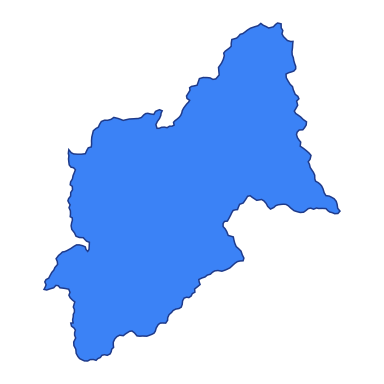 Sabinópolis, Minas Gerais, Brazil
{"feature_id": "56859067B20654239248752", "entity_name": "Sabinópolis", "entity_type": "district", "adm_level": 2, "iso_a3": "BRA", "parent_name": "Brazil", "parent_adm1": "Minas Gerais", "projection": "orthographic", "projection_center": [-43.061, -18.65], "detail": "fine", "context": "isolated", "style": "filled", "palette": "blue", "viewbox_px": 384, "rotation_deg": 0, "n_neighbors": 0, "source": "geoboundaries", "source_scale": "gbopen_adm2", "svg_char_len": 5064}
<svg xmlns="http://www.w3.org/2000/svg" viewBox="0 0 384 384"><path d="M44.0,289.4L46.7,290.0L49.9,288.9L53.7,287.8L55.9,285.4L58.3,285.7L60.0,287.8L63.4,288.2L65.9,288.6L68.7,289.2L70.0,292.3L68.9,295.2L70.2,297.8L72.5,300.1L74.8,301.9L74.0,304.6L73.3,307.0L74.4,309.5L74.4,312.2L73.3,314.3L73.2,317.0L72.6,319.9L73.1,322.9L70.8,323.1L71.5,326.1L74.0,328.0L75.4,330.1L74.6,332.7L74.6,335.2L75.7,338.0L73.7,342.0L73.9,345.6L75.8,349.2L76.2,353.4L77.9,356.5L79.6,358.6L81.8,359.7L84.4,360.9L87.7,361.0L90.1,359.6L93.4,359.5L96.1,360.3L97.8,358.6L100.3,357.5L101.9,355.3L104.4,354.7L107.3,355.3L110.1,353.9L111.2,351.7L111.7,349.2L113.6,347.4L113.3,345.0L113.3,342.1L114.8,338.9L116.8,336.7L119.6,335.2L123.3,335.7L125.5,333.9L127.7,332.5L129.6,331.3L132.0,331.0L134.5,332.9L137.0,335.9L139.8,336.2L142.5,336.0L146.8,336.2L149.6,335.2L151.9,334.3L154.0,333.2L155.3,331.2L156.2,328.0L158.3,324.5L160.3,323.1L162.6,323.0L165.7,323.1L167.6,320.3L167.7,317.7L169.1,314.6L171.6,312.4L173.1,310.5L175.7,309.1L179.0,308.5L181.2,307.2L182.2,304.5L182.6,300.8L184.1,298.1L186.7,297.2L188.9,297.6L191.2,296.0L192.3,293.6L194.9,292.2L194.6,289.0L197.7,286.6L200.1,284.5L199.2,282.0L198.8,279.5L201.9,278.0L205.0,277.0L207.3,275.1L210.4,274.2L212.4,272.3L214.7,270.9L217.9,270.5L221.9,271.2L224.9,270.2L227.0,269.3L230.0,267.8L232.8,265.2L234.9,263.3L237.4,261.6L239.9,261.0L243.1,260.8L243.9,258.1L242.3,254.9L241.0,251.1L238.5,248.6L236.2,246.6L234.7,243.0L233.9,239.9L233.3,236.9L230.9,236.2L228.2,235.4L226.8,231.7L225.2,228.9L223.1,226.6L223.1,223.5L224.5,221.4L227.4,221.1L229.3,217.7L230.8,214.8L231.8,212.6L233.2,210.4L235.4,209.8L237.5,209.6L238.4,207.1L239.6,204.3L243.2,203.0L245.7,199.4L247.6,196.3L250.2,195.7L251.9,197.1L254.6,198.9L256.7,200.3L259.2,199.9L261.6,199.5L263.9,200.9L266.2,203.5L267.7,206.4L270.5,209.1L273.8,207.5L275.7,205.7L278.1,204.8L281.2,204.4L283.5,204.2L286.0,204.4L288.4,205.8L291.0,208.3L294.1,210.7L297.2,211.7L300.3,212.5L303.6,212.2L305.7,210.7L308.3,208.6L310.7,208.1L313.6,209.2L316.5,208.0L318.7,208.5L322.4,208.4L326.0,208.6L327.8,210.6L329.7,212.0L332.1,212.6L334.7,213.7L337.9,213.5L340.0,211.1L337.7,208.3L337.1,204.2L336.2,201.3L334.1,198.7L331.3,197.1L329.2,196.1L325.9,195.6L324.2,192.8L323.0,188.8L321.7,186.1L320.3,184.4L318.3,182.7L315.6,181.2L314.8,178.9L314.7,175.2L313.4,172.3L312.1,170.4L310.2,167.5L309.4,164.2L308.2,161.8L310.1,159.2L311.0,155.4L309.1,153.1L306.5,150.8L303.5,148.4L300.2,146.2L300.7,142.1L299.0,140.0L297.5,137.8L296.5,134.6L297.1,132.2L299.2,130.0L302.8,129.8L304.6,127.6L306.2,125.0L306.5,121.8L303.1,119.4L300.6,116.9L298.1,115.1L295.7,113.5L294.3,111.1L295.9,108.5L297.7,105.2L296.6,101.1L298.9,98.8L297.9,96.4L295.2,94.3L293.3,89.8L292.5,86.6L290.1,84.3L288.0,80.9L286.3,77.8L286.0,74.1L288.7,72.7L291.5,71.9L293.9,71.0L295.7,68.9L295.7,66.3L294.7,63.7L293.8,60.6L293.3,57.6L292.2,54.9L292.0,51.6L292.5,47.7L292.7,44.0L293.0,41.4L290.7,41.5L287.4,40.5L284.9,38.0L283.4,36.5L282.0,33.9L282.8,30.5L281.2,27.9L281.1,23.8L277.6,23.0L275.6,24.4L273.4,26.8L271.2,27.4L268.7,28.0L266.0,26.5L263.3,25.3L260.8,23.4L258.1,25.7L254.5,26.8L250.4,28.2L247.4,30.1L245.0,32.0L242.8,33.6L240.2,34.3L238.3,36.6L236.6,38.1L234.3,38.8L231.8,39.5L231.2,43.4L231.2,46.3L229.6,47.9L227.2,49.7L225.2,51.2L223.7,53.1L224.3,55.7L223.3,59.3L221.6,63.0L219.8,65.6L218.5,67.4L218.8,70.8L219.2,74.9L217.3,77.2L215.8,78.9L212.9,79.4L210.1,77.9L207.5,77.6L203.2,77.5L199.4,78.6L198.2,82.1L197.1,85.2L194.2,85.9L191.5,86.4L189.6,87.7L190.0,90.3L188.2,93.3L186.5,96.0L187.0,98.5L189.7,100.3L188.5,102.2L186.9,103.8L185.4,105.7L183.7,108.0L182.3,110.6L181.8,112.9L180.7,115.4L179.3,117.2L177.4,118.9L175.1,120.6L173.5,122.3L174.1,125.1L172.1,126.2L169.5,126.2L167.1,127.7L164.4,127.1L161.5,127.3L159.2,128.3L157.0,128.3L155.9,124.6L157.4,121.4L159.5,118.5L160.8,115.5L161.1,113.1L162.2,110.8L159.5,109.7L157.5,110.5L155.5,111.4L153.8,114.4L150.6,114.0L147.8,113.3L145.6,113.6L143.8,114.9L141.4,117.5L138.3,118.5L135.7,118.6L133.2,118.8L129.4,119.0L126.2,119.7L123.2,120.4L120.7,119.4L118.2,118.5L113.8,117.4L111.2,119.3L107.7,120.3L104.5,120.2L101.3,121.5L99.6,124.3L98.4,127.1L95.8,128.6L93.3,130.8L92.7,133.4L91.8,137.0L91.5,140.7L91.6,143.8L91.3,146.9L88.3,147.8L87.0,150.0L85.3,153.7L81.4,154.2L77.4,154.2L73.6,153.9L71.2,152.7L68.8,149.7L68.3,153.5L68.9,155.7L68.5,158.9L68.8,161.8L69.2,164.9L71.0,167.2L73.5,167.7L75.4,169.7L74.2,172.9L73.1,175.5L72.4,179.0L70.6,181.9L70.2,184.8L72.3,186.4L72.5,189.8L70.7,192.5L70.6,196.1L68.6,198.6L67.9,200.8L68.9,202.9L70.1,204.8L69.0,207.7L70.4,210.8L70.5,214.0L70.2,216.7L72.2,217.8L72.4,220.2L71.7,222.6L71.1,225.8L71.8,229.4L74.5,232.9L76.0,236.2L79.3,237.5L83.3,237.7L84.9,239.5L86.6,241.2L89.4,242.3L89.2,246.4L89.0,249.5L87.7,251.4L86.0,249.5L85.3,246.9L82.7,245.7L79.4,244.9L76.5,244.9L73.7,246.5L71.0,248.4L69.0,249.5L67.0,250.6L64.7,251.6L62.4,252.0L60.8,253.6L58.6,255.4L56.1,258.7L57.3,261.5L57.6,264.4L54.9,267.5L53.8,270.1L51.8,272.4L50.2,275.3L48.7,278.2L46.0,279.6L44.8,281.9L46.1,284.8L45.2,287.1L44.0,289.4Z" fill="#3b82f6" stroke="#1e3a8a" stroke-width="1.5"/></svg>